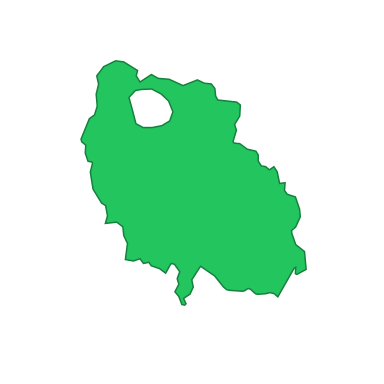 the border of Nottinghamshire, rotated 116°
{"feature_id": "GBR-2764", "entity_name": "Nottinghamshire", "entity_type": "Administrative County", "adm_level": 1, "iso_a3": "GBR", "parent_name": "United Kingdom", "parent_adm1": "", "projection": "equal_earth", "projection_center": [-0.985, 53.13], "detail": "fine", "context": "isolated", "style": "filled", "palette": "green", "viewbox_px": 384, "rotation_deg": 116, "n_neighbors": 0, "source": "natural_earth", "source_scale": "10m", "svg_char_len": 1677}
<svg xmlns="http://www.w3.org/2000/svg" viewBox="0 0 384 384"><g transform="rotate(116 192 192)"><path d="M211.5,55.5L220.1,61.6L220.1,63.3L214.3,65.7L215.8,66.8L248.6,68.9L247.3,73.6L248.2,77.7L251.2,81.3L255.2,88.2L255.6,90.2L255.1,92.4L253.8,96.5L254.0,99.0L255.6,100.3L257.6,101.3L259.0,103.0L263.9,115.1L264.6,118.1L263.5,122.3L257.5,134.9L255.0,151.8L271.0,153.7L276.9,149.2L284.6,149.0L291.4,152.9L295.1,148.4L296.9,149.0L297.6,151.7L291.6,158.2L289.2,163.6L280.7,163.4L276.4,167.3L269.0,168.1L264.7,176.0L265.2,179.1L266.7,179.6L276.5,180.1L275.1,187.7L276.2,196.3L274.1,199.9L277.5,204.3L274.8,209.5L279.7,214.4L281.9,222.3L266.6,227.4L261.1,234.2L253.6,238.9L252.1,246.4L258.2,256.1L250.5,257.5L242.1,263.7L241.6,268.4L232.8,282.2L218.7,292.1L209.9,294.0L208.9,295.0L210.0,298.9L203.8,305.0L196.4,308.1L195.3,313.0L193.2,314.9L171.0,316.4L165.5,313.4L156.4,314.8L146.1,321.0L136.1,323.2L129.4,328.5L118.0,326.3L107.6,318.2L105.0,310.5L106.7,294.2L112.1,293.0L115.9,286.9L104.2,280.0L104.7,272.2L100.7,261.9L100.3,246.7L88.9,236.3L88.8,228.5L86.4,222.1L89.0,216.8L95.4,212.8L98.0,209.2L91.6,191.2L92.6,186.7L102.8,182.4L112.7,183.3L116.9,179.2L128.8,177.2L129.6,175.5L127.6,170.3L129.3,161.2L127.3,152.5L129.7,148.7L135.1,146.1L138.2,141.2L136.9,137.0L138.2,132.2L133.4,129.5L136.4,124.4L145.9,117.0L142.9,112.4L150.1,109.5L152.3,105.4L151.1,96.9L160.4,87.7L166.8,83.8L178.1,83.5L183.0,85.6L185.5,84.1L193.8,75.7L196.2,64.8L211.5,55.5ZM134.7,290.1L143.4,282.4L155.2,272.3L155.5,264.1L151.5,256.0L145.6,248.2L137.9,243.2L128.3,244.3L120.5,252.9L117.4,262.6L117.1,273.4L122.0,282.4L125.7,287.4L134.7,290.1Z" fill="#22c55e" stroke="#15803d" stroke-width="1.5"/></g></svg>